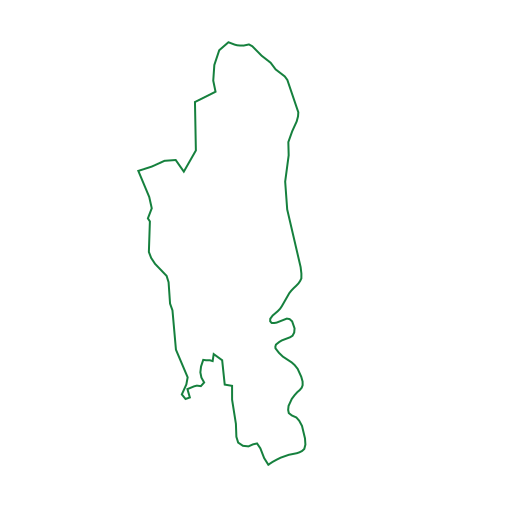 outline of La Spezia, rotated 42°
{"feature_id": "ITA-5370", "entity_name": "La Spezia", "entity_type": "Province", "adm_level": 1, "iso_a3": "ITA", "parent_name": "Italy", "parent_adm1": "", "projection": "albers", "projection_center": [9.818, 44.235], "detail": "fine", "context": "isolated", "style": "outline", "palette": "green", "viewbox_px": 512, "rotation_deg": 42, "n_neighbors": 0, "source": "natural_earth", "source_scale": "10m", "svg_char_len": 1817}
<svg xmlns="http://www.w3.org/2000/svg" viewBox="0 0 512 512"><g transform="rotate(42 256 256)"><path d="M404.9,402.9L397.2,400.7L387.9,396.0L382.2,394.6L379.8,398.0L377.8,402.5L373.3,405.8L367.6,406.6L362.4,403.5L353.4,394.2L334.4,378.8L325.1,368.5L318.8,372.5L300.6,356.1L290.2,357.2L294.1,363.1L291.4,364.4L288.8,366.8L286.3,368.5L289.1,374.9L292.5,379.7L296.8,382.9L302.1,384.7L302.1,389.6L298.8,391.9L297.2,394.3L294.1,400.8L301.5,405.4L299.3,409.4L293.5,408.5L290.2,398.1L286.4,391.9L259.2,379.2L230.3,352.3L224.0,348.9L208.6,334.0L202.9,330.6L186.3,329.4L179.4,327.6L173.7,324.7L154.0,301.3L150.5,300.4L146.6,290.3L137.2,283.6L111.6,271.5L118.7,259.3L124.3,246.5L132.1,238.4L145.9,241.6L140.7,217.8L107.6,182.4L116.0,161.0L106.9,154.3L97.2,141.9L91.0,127.7L92.5,115.6L98.7,113.2L101.0,112.0L103.4,110.2L106.0,107.9L109.2,103.5L112.9,102.6L126.2,103.4L137.6,102.6L145.7,104.2L157.2,103.3L161.5,104.2L191.3,120.9L193.8,124.1L196.2,128.8L199.4,139.0L203.8,149.7L212.9,159.3L227.9,181.2L248.0,200.5L296.6,234.4L301.5,238.7L304.7,242.3L305.5,245.0L305.9,248.0L305.8,251.3L305.5,254.7L305.4,258.0L305.6,261.3L308.8,276.1L309.2,279.1L309.1,282.3L308.2,289.1L308.6,293.1L310.2,295.0L312.4,295.3L314.3,293.7L315.9,291.7L320.8,281.9L323.2,280.4L326.6,280.4L333.1,284.0L335.6,287.3L336.5,290.8L335.7,293.6L331.7,301.4L330.8,304.3L330.1,308.5L331.1,310.5L332.3,311.6L337.8,312.6L343.3,312.8L353.7,311.2L357.7,311.2L362.5,312.0L370.5,315.5L374.6,318.1L377.1,320.8L378.1,323.3L378.2,326.4L377.8,329.5L377.8,333.5L378.2,338.2L380.5,345.6L382.9,348.9L385.5,350.8L389.4,350.5L394.0,349.0L398.3,349.5L403.9,351.5L414.5,358.8L418.9,363.1L421.0,367.1L420.7,370.1L419.7,372.7L418.4,375.1L413.4,381.8L409.3,389.3L407.6,393.6L406.1,397.9L405.1,401.7L405.0,402.7L404.9,402.9Z" fill="none" stroke="#15803d" stroke-width="2"/></g></svg>